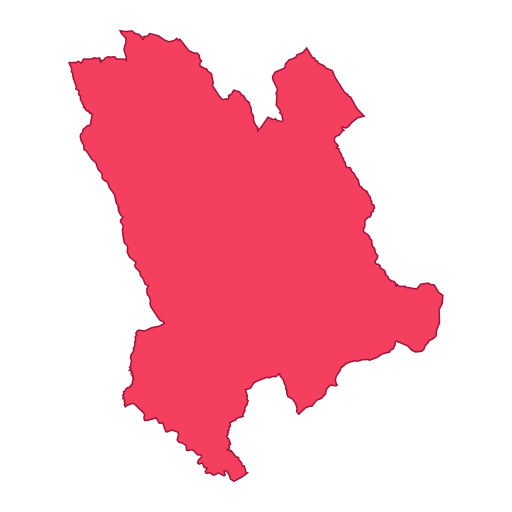 outline of Rulindo, Northern, Rwanda
{"feature_id": "39286606B38837433870904", "entity_name": "Rulindo", "entity_type": "district", "adm_level": 2, "iso_a3": "RWA", "parent_name": "Rwanda", "parent_adm1": "Northern", "projection": "mercator", "projection_center": [30.0, -1.752], "detail": "fine", "context": "isolated", "style": "filled", "palette": "rose", "viewbox_px": 512, "rotation_deg": 0, "n_neighbors": 0, "source": "geoboundaries", "source_scale": "gbopen_adm2", "svg_char_len": 5971}
<svg xmlns="http://www.w3.org/2000/svg" viewBox="0 0 512 512"><path d="M243.2,416.4L242.8,414.9L245.0,410.3L244.4,409.8L246.0,405.3L246.8,405.2L248.1,400.6L246.9,399.3L247.3,395.8L245.5,389.6L250.3,388.4L253.6,383.2L256.2,381.4L266.8,377.3L269.0,377.9L272.0,376.6L276.0,376.6L279.2,373.7L279.9,374.0L279.9,375.7L283.1,379.3L284.7,384.3L285.5,384.7L285.9,388.8L286.8,389.7L286.2,390.0L287.0,391.5L286.6,392.9L287.9,396.6L292.2,398.8L295.3,402.9L297.1,408.4L296.6,411.4L298.7,414.2L305.7,407.7L309.9,406.2L311.8,406.4L316.6,400.2L321.2,398.5L325.4,394.1L326.5,389.3L329.5,385.7L331.7,385.1L335.8,385.9L337.2,385.1L335.9,382.8L335.4,379.5L336.5,375.7L340.0,370.8L340.6,368.3L346.1,363.6L350.6,361.8L355.0,360.8L357.5,361.2L362.1,359.8L367.8,359.5L369.5,360.2L377.3,357.3L382.4,353.8L389.6,352.1L390.6,350.0L393.2,348.9L395.0,345.0L395.3,341.9L396.3,341.1L407.8,345.9L411.8,350.2L415.4,352.0L421.6,351.3L424.0,349.1L425.1,345.9L428.4,342.3L428.8,340.8L432.7,338.9L436.0,336.0L436.7,329.7L439.5,323.0L439.1,309.6L442.2,303.5L442.9,295.4L438.7,292.4L434.1,284.8L431.2,284.8L428.2,283.1L420.7,284.2L416.7,289.0L405.2,287.1L405.1,286.3L399.5,286.4L397.5,284.8L396.8,285.5L396.7,284.6L395.8,285.5L395.4,283.0L393.9,281.3L391.8,281.1L388.4,278.7L388.4,277.4L385.1,274.1L385.7,273.3L384.4,270.4L380.3,267.9L380.1,265.7L378.4,264.3L376.4,264.2L375.3,262.9L375.1,261.0L377.1,258.6L377.8,255.8L375.5,253.0L374.5,248.1L373.4,247.5L372.1,245.1L371.6,240.0L369.4,238.0L369.7,237.0L368.2,235.0L363.7,231.9L363.4,230.1L364.9,225.7L364.9,220.4L368.1,217.4L369.9,217.0L371.2,215.1L371.1,212.8L373.3,211.3L373.7,208.5L374.6,208.0L373.9,205.1L371.5,204.1L371.8,201.3L370.8,200.4L370.3,197.0L368.6,195.2L367.0,191.5L362.9,189.1L361.3,186.7L359.7,186.3L358.2,179.9L355.2,176.2L354.5,174.0L351.6,171.2L350.4,167.8L347.4,167.5L346.1,166.6L345.1,162.5L343.6,160.3L343.5,158.5L341.8,156.7L341.3,154.2L338.9,150.2L339.0,148.8L336.3,147.9L338.2,145.8L334.6,141.5L334.3,139.8L335.1,136.8L339.3,135.0L342.4,131.0L344.0,130.2L342.3,129.1L342.0,127.1L345.9,128.0L348.5,126.5L351.6,122.6L357.6,117.8L364.1,116.1L357.0,108.7L350.4,96.9L348.7,96.2L347.7,94.5L344.4,92.2L335.1,77.4L332.3,70.6L326.0,68.1L323.7,65.6L318.4,63.2L317.5,61.2L315.2,60.5L314.9,58.3L312.4,57.5L306.7,48.0L302.7,52.6L296.8,54.9L296.0,57.0L292.8,58.8L289.1,59.8L285.6,63.8L284.8,67.9L275.2,72.1L272.5,76.6L273.1,80.2L277.3,88.6L277.1,91.4L276.0,93.4L277.0,95.7L276.2,105.0L280.4,110.7L279.7,113.0L281.8,114.3L282.9,120.7L281.9,121.5L277.5,120.7L275.2,118.7L274.7,119.4L272.4,119.3L268.0,117.2L261.5,126.7L257.7,130.7L257.5,127.1L255.5,125.0L253.4,120.1L253.6,116.6L251.4,112.4L251.0,107.8L249.4,104.5L249.4,102.6L245.8,99.8L243.8,96.0L241.7,94.9L239.5,91.8L233.7,90.1L231.7,93.8L228.5,95.7L228.8,97.5L228.0,99.6L226.0,98.8L222.5,99.7L218.7,95.3L212.4,85.3L213.3,83.3L211.4,73.7L207.8,71.2L206.5,68.7L205.6,69.0L199.8,65.7L200.1,62.6L201.6,61.0L199.7,58.7L199.2,55.3L197.0,53.0L194.4,53.2L189.1,50.9L179.9,39.2L178.9,40.2L178.7,40.3L176.7,38.4L174.5,40.4L169.0,41.8L164.9,40.3L158.3,35.7L149.6,33.6L147.8,36.0L143.5,36.6L144.2,38.0L142.5,39.3L141.3,36.5L139.0,34.4L135.0,33.4L132.0,30.9L125.4,31.6L120.1,30.7L121.4,33.4L125.9,38.2L125.9,43.4L124.7,45.7L124.0,50.1L126.4,57.4L126.2,60.4L125.1,59.2L116.0,58.9L115.4,57.1L112.5,56.7L110.4,57.5L109.0,56.6L105.8,57.6L103.6,60.0L101.7,60.7L101.1,62.0L100.0,61.1L100.5,59.6L99.3,57.8L97.7,58.5L93.8,57.8L91.7,59.1L83.4,59.1L81.5,63.1L78.2,61.3L75.2,63.0L74.2,62.2L72.5,62.8L69.2,62.4L69.1,63.1L71.7,68.6L71.4,71.9L72.6,73.0L73.1,77.7L76.4,86.9L75.8,89.0L79.1,90.7L78.6,94.0L79.3,95.4L80.5,95.8L80.3,99.0L84.0,106.6L83.5,107.2L84.9,107.8L85.0,108.9L87.1,111.1L88.2,110.8L90.0,113.6L91.3,113.1L92.2,114.2L90.4,124.3L89.3,125.6L87.7,125.5L83.1,129.4L82.5,132.6L80.5,134.4L80.3,137.0L81.4,141.4L83.7,145.1L84.1,149.8L86.3,150.8L91.9,159.4L95.8,162.5L98.1,169.4L101.9,173.5L102.2,178.3L104.8,180.8L107.4,181.8L109.4,187.4L114.4,194.4L116.3,203.1L117.8,205.1L118.2,207.5L119.2,207.8L118.2,209.1L118.8,211.3L120.7,215.2L123.0,217.1L120.6,220.1L120.4,221.7L123.3,225.8L122.4,230.3L123.2,236.8L124.3,242.7L127.6,246.1L127.3,252.3L129.5,257.0L136.0,262.3L134.8,265.2L135.2,267.2L139.8,271.9L140.5,275.6L143.1,278.6L145.1,284.1L148.3,285.7L146.9,289.0L146.9,292.3L147.4,294.6L149.2,296.6L150.5,300.2L150.0,303.6L150.9,306.8L158.3,318.1L160.4,320.6L163.3,321.5L164.2,323.3L159.5,326.2L151.8,327.6L144.7,331.0L138.9,330.1L137.3,330.9L135.8,333.3L136.6,335.2L135.2,336.7L135.8,340.1L134.7,341.5L135.0,344.9L133.3,348.9L133.8,350.9L131.0,354.9L130.5,358.4L131.5,360.3L130.6,365.9L129.5,367.4L130.8,368.5L129.5,370.2L130.9,370.0L131.0,371.8L131.8,372.0L131.4,373.3L132.2,372.7L132.8,374.8L132.9,375.8L132.2,375.8L133.3,377.7L133.0,378.7L133.9,379.3L132.7,380.5L132.1,383.0L132.6,384.0L130.5,385.6L130.8,386.5L126.5,388.2L125.1,390.9L123.5,391.7L123.8,394.0L122.7,395.6L123.6,396.2L122.9,398.5L123.8,398.3L124.8,400.6L124.2,401.2L125.1,402.8L124.2,404.4L125.4,406.8L126.7,405.5L132.9,403.3L134.5,404.1L143.8,413.1L144.6,414.9L143.9,417.8L144.5,420.4L147.0,420.5L156.2,417.9L159.2,423.1L162.8,423.1L165.8,431.6L167.5,431.9L171.8,430.0L177.7,432.0L178.6,434.6L177.2,439.7L177.7,440.9L179.1,442.3L182.6,443.1L185.2,444.8L186.1,445.8L186.5,450.1L187.5,450.7L191.3,449.8L193.4,450.3L197.4,454.8L200.6,455.0L201.6,456.1L201.3,457.3L198.5,460.0L197.5,462.9L199.1,464.1L201.4,463.2L202.7,463.5L204.2,467.5L207.2,468.0L205.2,471.7L206.2,473.3L210.4,472.8L212.4,474.8L214.5,475.0L218.7,472.9L224.0,475.8L225.2,474.9L224.0,471.2L226.1,470.7L229.2,474.7L230.4,479.0L234.0,481.3L242.3,476.8L247.4,472.9L246.2,472.6L244.2,465.9L243.0,466.0L241.9,464.9L241.8,463.2L238.6,459.2L238.6,457.6L236.0,456.8L231.1,450.6L230.3,451.2L228.9,449.5L228.0,450.3L227.3,449.7L229.5,448.0L229.1,444.9L230.6,444.2L229.0,439.6L226.6,436.3L228.0,434.4L227.2,433.4L228.5,432.2L227.8,431.1L229.2,429.8L228.7,427.3L230.4,426.5L230.0,422.8L234.1,420.4L235.4,420.5L236.5,418.3L243.2,416.4Z" fill="#f43f5e" stroke="#9f1239" stroke-width="1.5"/></svg>